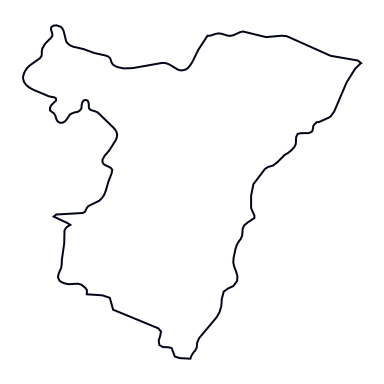 map outline of Bas-Rhin (Natural Earth projection)
{"feature_id": "FRA-5273", "entity_name": "Bas-Rhin", "entity_type": "Metropolitan department", "adm_level": 1, "iso_a3": "FRA", "parent_name": "France", "parent_adm1": "", "projection": "natural_earth1", "projection_center": [7.42, 48.594], "detail": "fine", "context": "isolated", "style": "outline", "palette": "ink", "viewbox_px": 384, "rotation_deg": 0, "n_neighbors": 0, "source": "natural_earth", "source_scale": "10m", "svg_char_len": 2773}
<svg xmlns="http://www.w3.org/2000/svg" viewBox="0 0 384 384"><path d="M207.5,35.7L208.6,35.9L211.9,35.2L215.1,34.0L218.6,33.4L221.7,33.8L227.5,35.6L230.2,35.9L233.5,35.2L240.0,32.2L243.1,31.5L266.0,37.1L281.8,35.7L286.8,36.2L330.6,55.8L357.8,60.5L361.0,63.1L360.8,63.2L355.2,68.7L346.6,82.4L334.2,111.5L330.7,116.3L329.1,117.5L318.9,122.1L316.5,122.2L315.9,123.1L314.6,124.1L313.3,126.0L312.8,129.3L312.2,131.3L310.6,132.4L308.5,133.1L300.7,133.2L297.6,134.0L296.1,137.2L295.8,143.9L294.6,146.7L291.6,150.1L287.9,153.1L284.7,154.9L277.1,162.5L272.9,165.6L268.3,166.9L265.1,168.8L253.4,184.2L251.1,195.8L251.1,208.1L254.4,215.6L254.4,218.0L247.5,222.6L244.1,225.5L242.7,228.7L242.2,235.4L240.8,238.9L239.0,241.1L237.0,244.5L235.6,248.5L233.6,257.8L233.3,262.5L234.2,266.7L236.0,271.2L237.4,276.0L237.1,280.9L233.3,286.1L228.2,288.4L223.7,291.6L221.8,299.0L221.3,306.2L219.5,312.2L216.6,317.3L199.1,338.2L197.2,342.5L196.7,347.6L195.3,350.4L193.4,352.6L191.4,355.7L190.4,358.7L179.6,358.1L174.8,356.5L171.6,348.0L167.7,347.2L163.0,347.1L159.3,345.0L158.7,340.5L160.2,335.8L161.0,331.5L158.2,328.3L113.1,309.7L109.8,297.8L102.2,295.3L86.8,294.3L86.9,290.1L85.3,287.8L81.3,284.6L77.7,283.7L69.0,284.2L66.4,283.8L64.1,283.2L61.0,281.8L59.5,280.6L58.8,279.3L57.9,276.9L58.7,273.7L61.1,268.0L61.7,264.7L61.9,259.5L64.2,243.5L64.5,230.5L66.1,227.7L68.2,226.1L70.3,224.9L67.7,223.2L53.7,216.6L56.3,214.5L82.6,213.0L84.9,211.9L86.8,208.0L88.3,206.1L99.3,200.7L101.9,198.1L104.0,195.1L105.9,190.5L108.3,181.9L111.5,173.7L112.3,169.9L110.8,167.9L108.5,166.6L105.8,165.5L103.6,164.1L102.5,162.1L102.5,159.6L104.7,155.7L109.2,150.5L115.9,139.9L116.8,137.4L117.0,136.3L117.1,134.5L116.9,133.3L116.2,131.4L115.0,129.5L113.4,127.6L97.8,112.5L95.4,111.4L90.7,110.0L89.1,108.5L88.8,106.6L88.8,104.5L88.5,102.5L87.6,100.7L85.8,99.9L83.8,100.4L82.3,102.3L81.6,105.4L81.5,108.1L80.1,110.3L77.8,111.8L74.3,112.5L72.2,113.3L69.9,114.5L66.7,119.4L65.0,121.4L62.5,122.7L60.0,122.8L57.8,121.6L56.6,119.7L55.1,115.2L53.8,113.2L51.8,111.9L50.0,110.3L50.0,107.8L51.5,104.9L56.1,100.5L56.0,98.5L54.3,97.3L49.1,96.4L33.6,89.9L29.2,87.5L27.5,86.1L25.6,84.2L24.1,82.0L23.3,79.7L23.0,77.5L23.4,75.4L24.1,73.1L25.3,70.7L27.0,68.2L29.7,65.5L39.7,58.4L41.3,56.4L41.7,55.0L41.8,53.5L41.8,51.6L42.0,49.9L42.2,48.9L42.4,48.4L44.7,44.4L46.5,42.3L50.8,38.1L52.2,36.0L52.4,33.9L50.9,29.4L51.2,27.3L53.3,25.7L56.3,25.3L60.6,26.7L62.4,28.6L63.6,30.9L66.1,41.1L67.4,43.2L69.6,45.0L72.5,46.5L83.6,49.1L94.3,53.0L105.5,55.5L108.0,56.4L109.9,57.9L110.8,59.9L111.4,62.2L112.8,64.4L115.0,66.0L117.8,67.2L123.8,68.4L132.7,68.1L162.2,62.9L164.9,63.0L167.5,63.7L170.1,64.9L177.5,69.4L180.0,70.3L182.6,70.3L185.2,69.7L187.7,68.3L189.9,65.7L192.3,62.1L198.3,49.8L207.5,35.7Z" fill="none" stroke="#020617" stroke-width="2"/></svg>